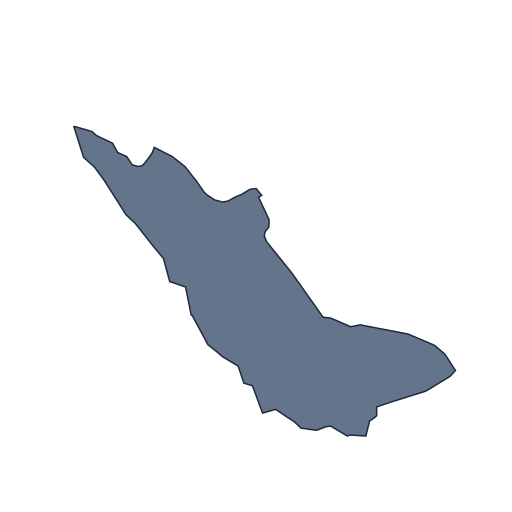 Ikono, Akwa Ibom, Nigeria, rotated 143°
{"feature_id": "59680162B21074533395167", "entity_name": "Ikono", "entity_type": "district", "adm_level": 2, "iso_a3": "NGA", "parent_name": "Nigeria", "parent_adm1": "Akwa Ibom", "projection": "robinson", "projection_center": [7.798, 5.169], "detail": "fine", "context": "isolated", "style": "filled", "palette": "slate", "viewbox_px": 512, "rotation_deg": 143, "n_neighbors": 0, "source": "geoboundaries", "source_scale": "gbopen_adm2", "svg_char_len": 1257}
<svg xmlns="http://www.w3.org/2000/svg" viewBox="0 0 512 512"><g transform="rotate(143 256 256)"><path d="M263.0,385.8L271.9,404.0L275.9,401.3L278.6,400.2L288.4,397.3L292.5,396.6L296.5,398.6L300.0,403.4L299.5,411.8L299.4,413.3L304.2,421.9L302.7,432.4L309.2,444.8L311.1,448.8L312.0,454.0L317.5,461.4L322.3,467.8L323.4,468.8L323.6,468.9L325.8,462.7L330.3,450.0L334.3,438.5L331.5,424.1L331.7,408.1L332.9,392.8L335.0,367.3L333.9,360.8L332.8,354.7L332.2,325.4L331.4,309.7L340.3,287.5L330.9,273.6L343.3,247.8L342.7,247.0L347.8,213.9L347.7,213.8L344.6,201.7L343.5,196.1L336.5,178.8L342.2,161.7L336.9,154.5L345.3,126.6L332.6,121.7L328.3,109.1L325.1,100.3L323.6,91.4L312.6,80.4L302.5,77.4L298.7,75.1L291.3,57.1L289.0,56.7L276.6,46.1L264.7,55.8L257.8,55.6L255.7,55.9L250.4,62.9L236.8,58.4L201.7,45.9L173.6,43.1L165.6,44.5L164.2,63.9L167.2,77.1L167.8,78.3L181.5,102.1L214.2,138.3L222.9,142.5L233.8,161.6L239.3,166.8L237.6,220.5L238.3,242.2L238.4,246.5L238.7,253.3L238.9,261.3L237.2,267.2L233.9,270.0L228.6,271.3L225.9,274.2L223.7,277.2L218.6,301.3L214.9,301.0L215.3,309.8L220.7,312.9L230.4,313.9L236.8,315.5L245.5,316.8L250.2,319.2L255.1,325.4L258.4,334.5L259.0,338.4L258.5,351.4L258.9,370.2L263.0,385.8Z" fill="#64748b" stroke="#1e293b" stroke-width="1.5"/></g></svg>